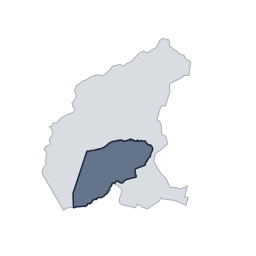 where Jonglei sits in South Sudan, rotated 105°
{"feature_id": "SDS-870", "entity_name": "Jonglei", "entity_type": "State", "adm_level": 1, "iso_a3": "SSD", "parent_name": "South Sudan", "parent_adm1": "", "projection": "albers", "projection_center": [31.68, 7.658], "detail": "fine", "context": "in_parent", "style": "filled", "palette": "slate", "viewbox_px": 256, "rotation_deg": 105, "n_neighbors": 0, "source": "natural_earth", "source_scale": "10m", "svg_char_len": 8251}
<svg xmlns="http://www.w3.org/2000/svg" viewBox="0 0 256 256"><g transform="rotate(105 128 128)"><path d="M201.8,191.4L194.8,198.5L194.3,199.0L193.4,199.5L190.5,199.6L187.5,199.2L184.8,197.4L182.0,198.8L180.3,199.3L179.2,199.4L176.7,199.7L173.3,200.4L171.7,201.4L170.8,202.2L170.1,203.5L169.8,203.7L169.1,203.5L168.2,203.0L166.4,202.2L165.4,200.4L164.6,199.3L163.9,198.8L160.9,200.5L159.5,200.9L158.3,200.9L156.2,199.9L153.8,199.1L152.6,199.1L150.8,200.1L148.7,201.7L147.6,203.3L147.1,204.2L146.4,202.7L145.7,201.9L144.7,201.5L142.7,201.8L142.2,201.3L142.1,200.1L141.8,199.0L141.4,198.2L139.8,197.3L135.9,195.6L132.9,192.2L131.4,190.6L130.2,189.6L128.7,186.9L126.9,185.0L124.7,184.1L123.3,184.6L121.8,186.5L119.0,188.4L117.7,188.4L116.1,187.4L114.0,186.7L110.3,186.3L108.8,187.2L106.8,188.6L105.1,189.5L104.0,189.5L103.1,189.2L102.0,189.0L101.0,189.0L99.0,187.7L98.0,186.7L97.3,185.8L96.2,185.1L94.9,184.6L94.0,183.8L93.5,182.8L92.8,181.4L91.9,180.2L88.9,178.1L88.0,176.8L87.4,175.6L86.2,174.3L84.9,172.4L84.5,169.8L84.4,167.7L84.2,166.7L83.6,165.7L83.0,164.9L81.9,163.9L79.5,162.5L77.0,160.9L75.8,160.0L73.5,159.6L72.1,158.7L71.0,156.7L70.5,155.1L69.4,153.8L68.9,152.9L68.6,151.9L69.6,148.8L68.3,147.6L66.3,146.2L64.9,144.6L64.0,143.1L61.5,141.2L55.9,138.2L52.7,136.4L51.0,134.7L49.5,133.1L49.4,132.4L50.4,130.8L50.5,129.5L49.7,128.0L46.4,125.2L43.8,122.2L41.8,121.2L37.0,120.3L35.6,119.9L34.2,119.3L32.8,117.9L32.3,116.3L33.1,113.8L32.6,113.0L31.8,112.7L32.0,112.2L33.0,111.0L34.5,110.2L38.5,109.0L38.7,108.5L38.8,106.9L39.2,106.1L40.6,103.9L40.8,103.0L40.9,101.2L41.1,100.3L41.5,99.6L42.6,98.6L43.0,97.9L43.2,96.4L43.1,93.6L43.7,92.4L46.3,89.9L46.9,88.7L47.2,87.7L47.2,86.6L47.3,85.6L48.1,84.6L48.7,84.3L50.6,84.0L51.9,84.2L60.7,82.6L61.7,82.8L62.2,83.9L62.1,85.6L62.3,86.4L62.7,87.0L64.1,87.8L65.1,89.1L65.6,89.6L67.0,90.6L73.5,98.3L75.3,99.1L77.1,98.8L80.7,97.3L82.5,96.9L95.0,97.5L96.4,97.3L96.5,97.3L98.3,101.2L99.2,102.0L112.9,102.2L112.7,101.1L112.9,99.9L115.3,97.5L115.6,97.3L117.8,96.1L119.8,95.4L123.8,94.5L125.3,93.1L126.1,91.9L126.1,89.4L126.6,89.0L127.6,88.4L132.2,86.2L133.0,85.7L141.1,90.9L145.6,95.1L145.9,95.3L146.1,95.3L146.4,95.2L146.6,95.0L147.1,94.8L149.1,94.8L152.8,94.6L154.0,94.1L161.4,86.7L163.3,84.4L163.7,83.9L164.8,82.2L165.9,79.4L166.2,79.0L174.2,72.1L174.5,71.6L174.6,71.1L173.4,68.8L173.1,67.7L173.0,65.8L173.3,63.0L173.2,61.2L173.1,60.8L173.0,60.7L168.5,55.6L179.9,55.5L179.9,54.9L179.9,54.7L179.7,54.1L179.5,53.3L179.5,52.8L179.6,52.4L179.6,52.2L179.6,51.9L187.8,51.9L187.7,53.3L186.7,56.7L186.8,58.7L186.5,61.0L186.2,61.7L185.8,62.3L185.7,62.5L185.7,62.8L187.4,75.7L187.3,76.3L186.8,77.1L186.7,77.3L186.7,77.5L186.9,77.7L190.7,79.1L190.9,79.1L191.0,79.3L192.4,80.9L199.8,87.0L200.1,87.3L200.9,89.2L201.0,89.5L201.0,90.0L201.0,90.4L200.8,91.5L200.9,92.0L201.0,92.4L201.1,92.8L201.0,93.2L199.9,95.4L199.6,97.0L199.5,98.3L199.6,99.1L199.7,99.6L199.8,99.8L203.1,99.9L203.1,100.6L203.6,112.3L203.6,113.6L203.5,115.2L203.1,115.9L202.2,116.8L201.1,117.7L198.2,117.9L195.7,117.9L194.0,117.7L191.7,117.6L189.5,117.8L188.6,118.5L185.7,124.8L184.8,126.3L184.6,127.2L184.9,127.8L186.0,128.5L188.5,129.6L191.4,130.3L193.6,130.5L195.0,130.8L196.2,131.2L200.3,134.0L201.6,135.3L202.3,136.4L202.5,137.7L203.1,138.9L206.8,142.8L210.4,144.6L211.8,146.7L213.1,147.6L214.4,148.7L215.0,150.3L216.6,155.0L217.7,157.4L218.7,159.4L219.2,162.7L220.1,164.1L220.9,165.9L222.4,167.5L223.9,168.7L224.2,169.0L208.9,184.4L201.8,191.4Z" fill="#d9dde1" stroke="#a8b0b8" stroke-width="1"/><path d="M184.8,126.4L184.7,126.5L184.5,126.9L184.9,128.1L185.0,128.4L185.3,128.5L185.5,128.8L185.6,129.0L186.1,129.0L186.5,129.2L186.7,129.3L186.8,129.1L187.5,128.9L187.6,129.0L188.1,129.2L188.7,129.2L188.8,129.3L189.1,129.5L189.4,129.8L189.7,130.1L190.6,130.4L190.9,130.4L191.3,130.1L192.2,129.8L192.6,129.8L192.9,129.9L193.1,130.1L193.4,130.1L193.6,130.2L193.7,130.4L194.0,130.7L194.2,130.8L194.5,130.9L195.7,130.8L195.8,130.9L196.3,131.2L196.9,131.3L197.0,131.4L197.3,131.7L197.8,132.4L198.7,133.1L198.9,133.1L199.2,133.2L199.4,133.2L199.9,133.5L202.1,135.7L202.4,136.2L202.5,136.8L202.5,138.4L202.6,138.5L203.5,139.2L203.9,139.8L204.3,140.0L204.6,139.9L204.9,139.8L205.1,139.9L205.3,140.2L205.4,140.6L205.4,141.1L205.4,141.3L205.4,141.7L205.6,141.9L205.8,142.0L206.0,142.3L206.7,142.8L206.8,142.9L206.9,143.2L207.0,143.3L209.6,144.0L210.7,144.7L210.9,145.0L211.0,145.2L211.1,145.5L211.1,145.9L210.9,146.0L211.0,146.3L211.1,147.1L211.3,147.3L211.6,147.4L212.4,147.4L212.8,147.4L213.0,147.5L214.2,148.3L214.3,148.5L214.4,148.8L214.6,149.0L214.8,149.1L214.9,149.8L215.1,150.5L215.5,151.5L215.7,152.5L215.8,152.9L216.5,154.1L216.6,154.5L216.6,155.5L216.7,155.9L217.4,157.0L217.7,157.8L218.0,158.1L218.3,158.4L218.6,158.8L218.8,159.1L218.9,160.1L205.4,164.2L171.0,162.2L161.7,161.7L161.6,161.4L161.4,161.4L161.3,161.5L161.2,161.5L161.1,161.4L160.9,161.2L160.8,160.9L160.7,160.7L160.7,160.4L160.2,159.0L160.0,158.8L159.8,158.5L159.6,158.4L159.4,158.2L159.2,157.8L159.1,157.0L158.7,156.1L158.6,155.4L158.5,155.1L158.4,154.8L158.2,154.6L157.1,153.2L156.9,152.8L156.9,152.0L156.8,151.7L156.5,151.6L156.2,151.5L156.0,151.4L155.9,151.1L155.8,150.7L155.6,149.9L155.5,149.6L155.3,149.4L155.2,149.4L155.2,149.2L155.1,148.9L154.6,148.4L154.4,148.1L154.3,147.7L154.2,147.5L153.9,147.4L153.7,147.3L153.5,147.1L153.3,146.6L152.9,146.2L152.6,145.9L152.2,145.8L152.1,145.7L151.9,145.4L151.5,145.2L151.4,145.1L151.2,144.6L151.1,144.4L150.9,144.3L150.5,144.2L150.3,144.1L150.1,143.9L149.5,143.7L148.3,142.7L148.2,142.6L147.8,142.5L147.6,142.5L147.4,142.4L146.9,141.7L146.8,141.4L146.7,141.1L146.6,140.9L145.8,140.4L145.4,140.0L145.2,139.8L145.1,139.7L145.0,139.2L144.9,138.9L144.8,138.7L144.6,138.4L144.5,137.9L144.2,137.6L144.1,137.3L144.0,136.6L143.8,136.3L143.3,135.7L143.2,135.4L143.1,135.1L142.8,135.1L142.7,135.0L142.7,134.8L142.7,134.7L142.4,134.4L142.2,134.2L142.4,134.0L142.5,133.9L142.6,133.6L142.5,133.2L142.4,132.9L142.2,132.6L141.8,132.5L141.8,132.3L141.8,132.1L141.8,131.9L141.7,131.8L141.4,131.6L141.3,131.3L141.5,131.2L141.4,130.8L141.6,130.0L141.6,129.9L141.8,129.7L142.0,129.4L141.9,129.2L142.0,129.0L142.3,129.0L141.9,128.8L141.8,128.7L142.0,128.6L141.9,128.4L141.7,128.3L141.5,128.2L141.5,127.7L141.3,127.4L141.2,126.8L140.1,125.6L140.3,125.4L140.1,125.1L139.8,124.7L139.6,124.4L139.5,124.1L139.5,123.9L139.5,123.6L139.4,123.4L139.2,123.4L139.0,123.5L138.8,123.5L138.8,123.2L138.4,123.4L138.1,122.9L138.1,122.1L138.2,121.8L138.5,121.7L138.4,121.5L138.3,121.3L138.3,121.2L138.6,121.1L138.6,120.8L138.3,120.2L138.7,120.0L138.6,119.8L138.5,119.3L138.4,119.1L138.5,118.6L138.8,118.4L138.9,117.9L139.0,117.7L139.0,117.4L138.9,117.1L138.6,117.1L138.5,116.8L138.5,116.7L138.0,116.4L137.9,116.3L137.9,116.1L137.6,115.9L137.6,115.7L137.7,115.3L137.7,115.2L137.6,115.3L137.4,115.3L137.5,115.1L137.5,114.9L137.6,114.6L138.0,114.0L138.2,113.8L138.1,113.5L138.0,113.4L137.9,113.3L137.7,113.3L137.0,112.6L136.9,112.4L136.7,112.2L137.0,112.0L137.1,111.8L137.2,111.6L137.1,111.3L137.0,111.5L136.9,111.2L136.9,110.6L136.9,110.3L136.8,110.1L136.6,109.9L136.5,109.7L136.5,109.4L136.5,109.0L136.3,108.7L136.2,108.5L136.1,108.2L136.2,107.9L136.3,107.7L136.5,107.5L136.8,107.4L137.2,107.1L137.3,106.9L137.3,106.7L137.7,106.4L137.8,106.3L138.0,106.1L138.1,105.9L138.2,105.4L138.3,105.0L138.6,104.9L138.8,104.7L139.0,104.5L138.9,104.4L139.1,104.2L139.1,102.9L139.1,102.7L138.8,102.5L138.7,102.4L138.5,101.9L139.0,101.6L139.1,101.4L139.2,101.0L139.4,100.7L139.7,100.6L139.8,100.3L140.0,99.8L140.2,99.6L140.5,99.5L140.7,99.4L140.9,99.2L141.1,99.0L141.3,98.8L141.6,98.7L141.9,98.6L144.0,98.7L146.2,99.2L146.9,99.3L148.3,99.3L148.6,99.2L148.8,99.1L149.0,99.0L149.4,99.1L150.2,99.3L152.2,100.5L155.0,101.2L155.7,101.3L156.1,101.4L156.3,101.6L156.4,101.8L156.7,101.9L157.1,102.0L157.3,102.1L158.1,102.0L158.9,101.7L159.1,101.7L159.4,101.9L165.1,109.6L165.7,110.1L166.4,110.4L167.0,110.3L167.6,110.2L169.9,109.1L172.0,107.8L172.4,107.6L172.8,107.5L173.1,107.5L173.5,107.7L173.8,108.2L174.4,109.4L174.7,110.2L177.8,115.6L178.8,116.8L180.3,118.0L182.1,118.9L182.5,119.3L182.8,119.8L182.9,120.7L182.8,121.4L182.7,122.1L182.5,122.8L181.9,123.9L181.8,124.4L181.9,124.9L182.3,125.3L182.7,125.6L184.7,126.4L184.8,126.4L184.8,126.4Z" fill="#64748b" stroke="#1e293b" stroke-width="1.5"/></g></svg>